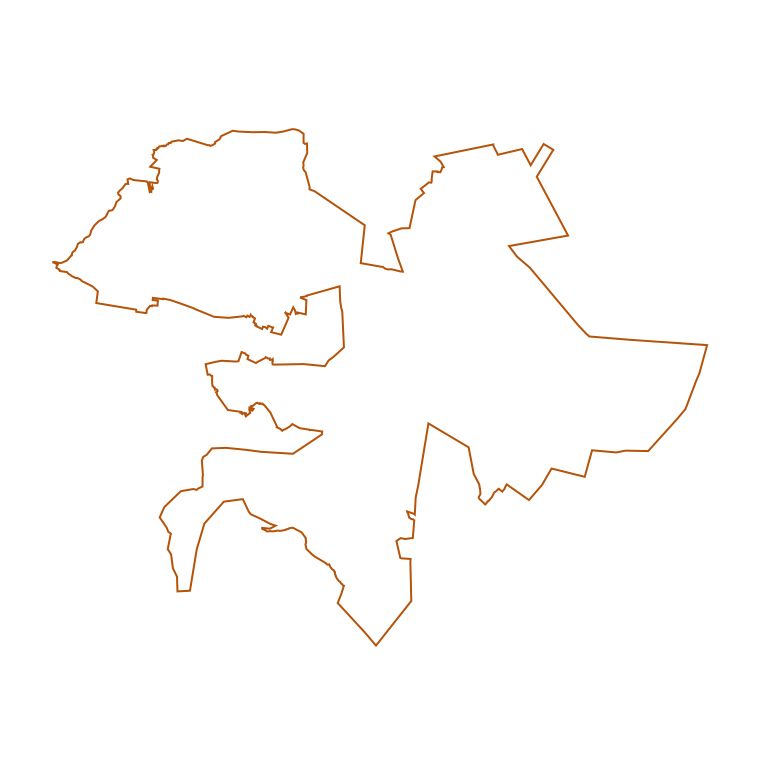 Hueypoxtla, México, Mexico, rotated 267°
{"feature_id": "50627088B31781753159925", "entity_name": "Hueypoxtla", "entity_type": "district", "adm_level": 2, "iso_a3": "MEX", "parent_name": "Mexico", "parent_adm1": "México", "projection": "orthographic", "projection_center": [-99.037, 19.951], "detail": "fine", "context": "isolated", "style": "outline", "palette": "amber", "viewbox_px": 768, "rotation_deg": 267, "n_neighbors": 0, "source": "geoboundaries", "source_scale": "gbopen_adm2", "svg_char_len": 6117}
<svg xmlns="http://www.w3.org/2000/svg" viewBox="0 0 768 768"><g transform="rotate(267 384 384)"><path d="M617.5,505.7L608.6,446.4L603.0,452.2L597.4,455.0L597.3,453.4L595.2,452.8L592.5,451.3L592.8,448.5L593.4,448.6L593.8,443.7L585.4,442.2L584.8,442.4L582.6,441.8L583.0,439.4L576.9,430.9L572.6,433.9L566.0,425.1L538.3,417.6L538.5,409.7L535.8,399.9L534.3,396.3L532.6,398.5L508.6,404.6L495.2,408.7L495.6,406.0L498.2,397.5L498.2,393.8L499.3,390.9L500.8,389.3L505.9,367.1L543.5,373.1L580.2,324.7L582.3,319.8L584.8,320.0L599.4,316.9L602.1,315.0L604.4,314.6L606.0,315.1L609.7,315.0L618.7,319.4L628.2,319.7L627.9,317.6L629.0,316.3L638.1,316.8L641.7,312.1L642.9,308.7L643.3,305.7L641.3,296.1L640.6,289.4L641.9,277.9L642.3,266.2L643.7,252.0L644.8,246.2L640.0,234.2L637.7,233.1L636.7,232.1L634.5,228.0L633.0,228.0L631.4,225.0L630.9,223.0L631.7,222.1L631.6,220.8L639.2,200.1L637.2,196.0L638.1,191.3L637.0,184.2L635.8,183.5L636.0,182.0L635.8,181.5L635.2,181.5L634.5,180.7L634.6,179.7L633.3,178.7L632.9,177.2L633.5,176.8L632.9,176.4L633.5,174.6L633.1,174.2L633.0,172.0L632.1,171.1L631.6,171.1L631.3,170.6L631.5,170.0L630.6,169.9L630.4,168.9L629.6,168.8L629.7,166.2L627.7,166.8L625.3,165.8L625.0,164.9L623.5,165.3L622.0,165.3L619.6,168.8L613.2,161.9L610.7,171.0L608.2,170.5L607.1,170.6L602.6,168.4L600.3,167.8L598.8,168.8L596.9,168.5L596.5,167.5L597.8,160.5L592.2,160.6L591.1,162.1L593.8,163.0L591.1,163.6L590.6,162.9L590.5,162.2L589.4,161.7L588.1,161.6L588.3,161.3L587.9,160.1L596.8,158.8L598.7,157.8L600.8,144.4L602.6,141.0L601.8,138.6L597.2,139.0L597.4,137.2L597.0,136.1L593.4,133.3L591.0,130.3L588.9,128.4L586.9,128.9L586.4,129.8L585.1,130.8L583.1,130.6L579.7,126.3L575.8,124.8L572.4,122.4L571.7,121.5L571.4,118.3L565.5,114.8L563.6,112.1L561.6,107.8L557.4,103.0L552.6,99.7L548.5,98.4L547.0,97.0L546.1,94.5L544.9,92.6L542.8,91.2L541.5,90.8L541.1,89.2L541.5,88.3L540.0,85.7L536.6,84.3L533.5,82.4L532.0,80.0L530.1,79.0L529.2,79.2L528.6,78.8L528.5,78.3L524.0,74.0L521.8,68.3L521.9,65.7L522.9,62.7L523.1,59.3L520.5,64.3L520.2,64.5L519.0,63.3L517.2,62.9L515.1,66.0L514.4,65.8L513.8,66.2L512.3,73.4L511.1,74.1L507.9,78.2L505.9,81.8L506.0,83.1L504.0,86.6L502.7,87.4L496.6,98.2L491.5,103.1L479.9,100.9L471.2,140.4L469.1,140.4L467.3,149.9L467.5,150.6L470.3,150.8L474.2,154.4L473.9,156.4L474.6,156.6L474.1,161.9L479.1,162.5L479.9,157.4L482.1,157.7L480.3,167.9L480.8,168.0L479.0,175.1L474.2,187.0L469.4,198.3L468.8,199.0L460.0,217.8L458.2,232.4L459.0,246.5L459.5,247.4L457.8,249.9L459.4,251.1L458.0,253.3L459.9,254.4L459.5,254.5L458.1,256.6L457.7,256.4L456.2,258.6L452.4,256.9L450.7,259.3L449.6,258.5L449.1,259.6L448.7,259.2L447.9,260.3L445.3,265.2L447.6,266.2L447.0,268.4L445.4,270.2L448.1,271.5L446.2,276.2L441.7,274.0L438.6,283.9L455.2,292.2L460.3,289.2L460.5,289.4L460.1,289.6L458.3,293.8L465.3,297.4L462.1,299.0L458.6,299.6L458.9,300.1L458.8,301.4L459.9,301.4L457.6,309.5L471.9,310.9L474.4,305.4L475.0,305.5L475.7,311.3L476.3,311.3L483.9,344.8L468.5,344.6L461.8,345.3L459.8,345.9L458.1,346.1L422.7,345.9L413.9,335.2L410.5,330.0L404.9,326.0L408.1,304.8L409.1,275.4L409.4,273.8L411.7,273.6L412.5,274.2L414.8,274.1L414.0,273.0L414.1,271.3L415.5,271.3L415.5,269.6L417.0,267.3L416.2,266.8L412.6,258.7L411.6,257.3L416.0,249.0L419.4,250.0L420.5,247.7L421.7,247.2L423.3,243.4L414.5,239.9L414.1,237.8L415.7,223.3L415.0,217.1L413.1,206.9L402.5,208.4L402.7,210.3L401.1,212.1L401.0,212.8L393.7,212.4L391.0,212.6L390.6,213.3L389.3,213.9L389.3,214.7L387.1,215.1L387.5,216.2L386.9,217.2L385.5,217.4L384.6,215.8L383.1,216.7L381.9,216.7L366.2,226.7L363.7,239.6L362.9,239.2L362.7,240.7L362.0,240.2L361.5,240.8L362.6,241.3L361.5,243.0L362.4,243.5L361.8,244.8L359.8,244.4L359.5,244.0L358.9,244.3L362.2,248.9L363.2,248.4L364.4,248.6L365.4,248.0L366.1,248.3L364.7,249.2L365.0,249.8L364.6,250.0L364.3,251.3L366.1,252.5L366.7,251.0L366.5,249.5L366.9,248.4L367.5,248.4L367.2,249.6L368.7,249.8L369.1,250.5L368.9,251.7L371.5,255.2L371.9,256.5L371.0,257.7L371.4,258.9L370.6,259.1L370.8,261.3L370.2,261.5L370.4,262.0L368.1,264.2L361.3,269.1L347.1,274.9L346.4,274.6L344.5,278.3L344.2,278.3L342.6,280.0L343.5,281.0L343.8,282.5L346.6,287.9L348.8,290.3L344.3,297.4L342.3,307.1L341.8,307.5L341.9,309.2L339.8,319.8L336.9,319.4L319.1,289.4L322.7,257.8L325.6,242.1L328.5,222.8L328.7,208.7L322.6,203.3L320.7,199.7L317.1,198.1L302.0,198.4L301.1,198.0L291.1,197.4L289.4,193.1L288.1,191.4L289.1,188.1L287.6,175.5L272.6,158.2L262.5,153.0L252.0,159.4L247.6,160.9L245.8,163.3L230.4,159.4L224.8,162.5L211.3,163.5L202.4,167.2L187.7,166.9L187.7,179.4L228.5,188.3L254.0,197.3L274.9,217.9L276.4,237.0L263.5,242.3L260.9,244.1L256.3,252.9L250.3,263.1L248.2,268.3L245.5,262.4L246.7,254.8L246.2,254.7L245.5,255.1L243.9,258.4L243.1,259.0L242.8,260.5L243.1,262.3L242.6,265.1L243.2,270.3L242.8,272.1L242.9,274.7L243.4,277.5L243.8,278.2L243.7,279.1L244.1,279.5L244.3,281.0L244.9,281.7L245.3,285.3L240.2,293.9L234.0,298.0L233.1,297.6L230.5,298.1L228.0,297.2L223.3,297.9L217.2,303.6L214.7,306.7L208.1,316.6L207.0,317.4L206.5,318.3L206.7,319.9L203.9,320.9L201.7,322.6L200.3,324.4L199.0,324.6L198.8,325.1L196.6,325.1L195.4,325.8L194.9,325.6L193.2,326.3L191.2,327.5L189.3,328.9L189.0,329.6L187.1,330.7L186.3,331.7L184.8,332.7L184.6,333.4L176.4,330.3L167.7,326.3L137.0,351.8L123.2,362.3L165.9,399.9L204.7,401.0L207.9,401.4L208.9,392.8L209.4,391.2L226.6,388.2L229.2,392.6L228.1,396.9L228.7,404.7L246.3,407.1L247.3,406.0L247.8,404.1L249.3,402.1L253.5,401.3L254.7,400.5L255.5,400.4L252.8,407.3L252.1,407.9L268.9,409.7L280.7,412.8L342.3,426.3L316.3,465.2L289.5,468.9L278.9,473.8L272.5,474.5L269.0,474.5L266.1,472.7L265.4,472.7L264.7,472.9L258.4,478.8L259.4,479.9L261.5,481.4L261.4,482.0L265.4,485.8L269.8,488.3L271.1,490.4L273.4,493.0L270.4,496.5L273.0,498.9L275.1,499.8L277.3,501.3L260.5,522.7L274.9,536.5L290.8,546.9L280.8,579.6L306.9,588.3L303.5,612.3L304.8,621.7L303.2,644.3L333.6,674.8L343.3,683.8L371.7,696.3L377.8,699.4L405.9,708.7L415.1,633.2L420.7,591.6L423.7,588.5L432.5,581.0L492.6,535.7L504.2,523.5L515.2,516.1L522.6,575.6L583.0,547.4L609.0,565.3L615.3,556.0L594.8,541.9L611.4,534.2L606.8,508.8L607.2,509.7L616.2,505.7L617.5,505.7Z" fill="none" stroke="#b45309" stroke-width="2"/></g></svg>